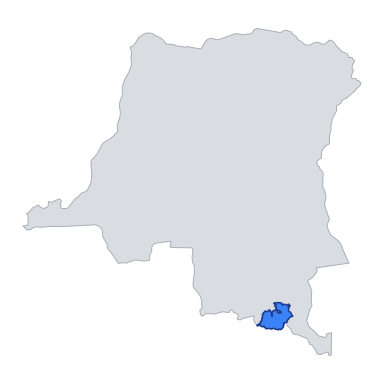 Kambove, Katanga, Democratic Republic of the Congo (highlighted)
{"feature_id": "63176286B84034630662614", "entity_name": "Kambove", "entity_type": "district", "adm_level": 2, "iso_a3": "COD", "parent_name": "Democratic Republic of the Congo", "parent_adm1": "Katanga", "projection": "albers", "projection_center": [26.544, -11.235], "detail": "fine", "context": "in_parent", "style": "filled", "palette": "blue", "viewbox_px": 384, "rotation_deg": 0, "n_neighbors": 0, "source": "geoboundaries", "source_scale": "gbopen_adm2", "svg_char_len": 8628}
<svg xmlns="http://www.w3.org/2000/svg" viewBox="0 0 384 384"><path d="M348.9,263.1L316.5,267.9L317.1,269.8L316.8,271.7L316.0,273.2L312.7,277.2L307.7,280.9L307.7,281.8L310.1,285.9L311.7,291.6L311.2,301.6L311.8,304.3L311.7,306.4L310.1,308.7L306.7,320.7L308.9,326.5L315.2,332.0L318.8,336.0L325.1,337.5L326.1,337.3L326.5,334.0L331.5,332.7L331.2,354.1L330.9,355.3L330.0,355.6L328.7,354.9L328.4,352.9L327.1,352.0L321.0,354.5L319.5,354.5L317.8,354.0L316.6,352.9L316.2,351.3L312.0,345.0L309.9,344.5L307.6,338.9L298.0,334.8L294.4,334.4L292.5,333.2L290.6,328.7L287.4,325.9L286.7,322.7L286.0,322.3L284.1,322.9L282.4,327.9L280.2,329.1L276.3,329.2L266.5,327.8L259.4,325.2L257.6,325.4L254.8,323.1L253.6,319.3L254.2,316.3L253.7,315.9L243.0,318.4L240.4,319.9L238.0,319.6L237.2,318.8L238.3,316.7L237.7,314.5L236.9,313.5L233.8,312.7L232.7,310.3L230.8,310.0L230.1,310.4L229.7,312.0L228.5,312.5L222.1,311.8L215.4,314.0L206.5,313.5L202.3,316.1L201.7,316.0L200.7,314.8L199.8,310.7L200.3,309.6L201.6,308.8L202.0,307.2L201.5,303.0L201.9,302.0L201.3,299.5L200.0,295.7L198.0,292.6L193.9,287.9L193.1,285.7L193.3,280.4L194.5,272.1L194.2,265.9L192.5,261.8L192.1,257.5L193.0,249.7L192.0,247.8L171.4,247.5L170.5,247.0L170.1,245.9L170.9,241.3L158.4,242.7L154.7,243.7L152.4,245.6L151.7,248.0L151.7,251.4L149.9,254.7L149.5,260.2L146.0,260.9L142.6,260.9L135.9,260.0L129.4,261.7L126.3,263.3L124.6,262.6L118.8,263.3L118.0,263.0L111.0,252.4L107.9,248.9L107.3,247.1L107.4,245.4L106.6,243.2L103.3,237.8L102.6,235.2L102.6,231.2L102.2,229.8L99.3,226.4L97.4,225.4L95.3,224.8L61.6,226.6L50.4,226.4L42.3,227.2L38.2,227.1L37.0,226.7L33.3,227.6L31.4,229.1L28.5,230.0L26.7,229.8L23.0,226.0L27.8,225.0L28.1,224.6L28.0,215.0L26.6,213.7L29.1,212.0L33.0,207.5L37.0,205.9L37.5,205.0L38.4,205.0L39.9,206.7L43.5,208.8L47.7,206.6L48.1,206.0L48.5,201.9L49.6,201.5L51.4,202.3L52.5,202.2L54.3,201.0L59.7,198.7L61.5,201.3L60.1,203.7L60.8,205.4L61.0,208.0L62.0,208.5L66.3,208.6L67.6,208.0L75.8,198.2L78.0,197.0L81.5,193.1L86.3,191.3L88.3,188.3L90.9,182.9L91.8,175.3L90.9,162.2L91.3,160.4L96.9,154.3L102.6,143.5L106.6,140.5L109.6,139.3L114.2,135.3L117.8,131.2L117.2,126.5L117.9,122.6L119.9,117.6L120.4,112.3L119.5,106.9L119.7,102.3L122.3,95.1L122.3,86.9L124.6,79.9L129.4,71.0L131.6,64.5L131.0,58.1L131.5,53.4L131.2,50.6L130.2,48.2L130.6,46.7L132.5,46.0L134.9,43.6L139.0,37.2L143.6,34.1L146.8,33.0L150.2,33.1L152.4,33.5L156.1,35.9L160.2,37.8L163.3,40.1L166.4,43.9L173.6,44.6L176.7,45.9L178.6,46.4L179.3,46.0L180.8,46.2L184.3,47.3L187.0,46.6L200.4,48.9L201.9,47.6L205.6,41.0L208.3,38.8L212.9,38.5L216.5,39.7L218.4,39.7L234.8,33.9L237.0,33.6L243.0,34.9L246.8,34.0L248.4,34.3L251.8,33.3L254.5,29.4L256.8,28.4L280.5,32.6L284.1,30.5L285.8,30.3L291.1,31.8L292.7,34.2L295.9,36.3L298.1,39.7L301.6,41.7L303.4,43.5L305.4,44.8L309.7,45.2L315.2,42.2L319.1,42.5L322.9,44.3L324.3,44.2L327.2,42.4L328.7,40.5L330.3,40.1L332.5,41.0L334.4,42.8L336.0,45.4L341.8,51.4L347.5,53.9L348.9,57.6L350.9,57.3L352.0,57.6L353.4,59.9L354.4,60.4L354.6,61.3L353.2,63.5L351.8,67.6L353.5,70.1L352.0,73.8L351.2,77.6L353.0,78.6L355.4,78.6L357.5,80.6L359.2,80.9L361.0,83.1L360.5,84.8L354.8,90.9L346.4,98.4L343.5,99.3L342.0,100.7L341.0,103.0L338.5,104.8L336.6,105.6L336.4,111.1L333.5,116.8L332.4,118.0L330.8,127.3L331.1,128.9L329.4,136.6L329.6,143.7L325.6,145.9L322.8,149.4L321.6,151.9L321.6,157.7L317.0,161.2L316.6,162.0L317.7,166.1L319.4,166.8L319.4,168.2L323.1,172.7L322.7,186.3L322.9,187.6L324.8,190.9L326.0,197.1L324.5,205.0L329.4,219.5L327.1,224.7L328.1,229.8L331.0,235.2L337.9,240.5L339.8,242.7L341.5,245.6L343.1,250.2L348.9,263.1Z" fill="#d9dde1" stroke="#a8b0b8" stroke-width="1"/><path d="M285.1,304.5L284.5,304.4L284.1,304.2L283.9,304.2L283.7,304.3L283.3,304.3L283.0,304.3L282.7,304.4L282.6,304.5L282.4,305.1L282.1,305.0L281.9,304.4L281.9,304.1L282.0,303.8L281.9,303.6L281.8,303.4L281.5,303.3L281.3,303.1L280.8,302.9L280.4,302.7L280.1,302.6L279.6,302.7L278.8,302.7L278.4,302.6L278.1,302.7L277.8,302.6L277.5,302.6L277.3,302.6L277.2,302.6L276.9,302.7L276.6,302.7L276.0,302.7L275.8,302.7L275.7,302.8L275.3,302.9L274.8,302.8L274.6,302.8L274.4,302.9L273.9,303.3L274.0,303.4L274.2,303.5L274.4,303.9L274.4,304.0L274.6,304.1L274.8,304.3L275.0,304.5L274.9,304.5L275.0,304.8L275.3,304.9L275.6,305.0L275.8,305.0L275.6,305.2L275.6,305.5L275.3,305.8L275.1,306.0L274.8,306.3L274.9,306.5L276.0,307.0L276.4,307.3L276.5,307.4L276.5,307.5L276.3,307.8L276.3,308.0L276.1,308.2L275.8,308.5L275.7,308.7L275.7,309.3L275.7,309.6L275.8,309.8L275.8,310.0L275.7,310.0L275.5,310.3L275.4,310.3L275.1,310.2L274.9,310.2L274.6,310.3L274.3,310.5L274.2,310.5L273.6,310.5L273.4,310.6L273.1,310.8L272.9,311.2L272.3,312.2L272.0,312.6L272.0,313.1L272.2,313.9L272.2,314.0L272.2,314.4L272.2,314.8L272.0,315.1L272.2,315.7L272.2,316.1L271.4,315.7L271.5,315.3L271.6,315.1L271.5,314.8L271.5,314.7L271.6,314.2L271.5,313.8L271.7,313.4L271.7,313.2L271.4,312.9L271.2,312.5L271.0,312.0L270.8,312.0L270.7,311.9L270.7,311.7L270.6,311.4L270.6,311.2L270.4,311.2L270.2,311.1L270.0,310.8L270.0,310.7L269.9,310.6L269.9,310.4L269.8,310.2L269.7,310.0L269.4,310.0L269.2,310.0L268.9,310.0L268.6,310.2L268.6,310.4L268.6,310.5L268.5,310.8L268.1,311.2L268.0,311.3L267.8,311.3L267.7,311.5L267.2,311.6L266.8,311.7L265.9,311.4L265.5,311.4L265.1,311.3L265.1,311.2L264.8,311.4L264.7,311.6L263.9,312.4L264.0,312.4L264.0,312.5L263.9,312.6L263.9,312.8L263.7,313.1L263.5,313.4L263.4,313.8L263.1,314.0L262.4,314.4L262.4,314.9L262.4,315.7L262.5,315.9L262.7,316.1L262.8,316.3L262.8,316.7L262.6,317.1L262.0,317.6L261.8,318.1L261.8,318.6L261.8,318.8L261.9,319.0L262.1,319.2L262.2,319.3L262.2,319.5L262.2,319.9L262.1,320.2L262.0,320.3L261.9,320.3L261.5,320.4L261.4,320.5L261.3,321.3L261.1,321.6L260.9,321.6L260.9,321.8L260.6,321.8L260.7,322.0L260.4,322.5L260.5,323.0L260.4,323.2L260.1,323.5L259.8,323.6L259.6,323.6L259.3,323.6L259.1,324.0L258.7,324.2L258.6,324.5L258.4,324.6L258.3,324.9L258.2,325.0L257.9,325.1L257.3,324.9L257.3,325.2L257.2,325.4L257.1,325.5L257.2,325.8L257.3,325.9L257.5,326.0L257.7,325.8L258.0,325.8L258.5,325.5L258.8,325.4L259.0,325.1L259.3,325.0L259.7,325.1L259.9,324.9L260.0,324.9L260.1,325.0L260.5,325.9L260.8,326.0L261.0,326.3L261.2,326.5L261.6,326.5L262.5,326.7L263.0,326.7L263.4,326.4L263.7,326.2L263.8,326.1L264.0,326.2L264.1,326.3L264.2,326.8L264.3,327.0L264.4,327.3L264.6,327.5L264.9,327.6L265.3,327.6L265.6,327.7L265.8,327.9L265.9,328.1L265.8,328.3L265.7,328.5L265.9,328.7L266.2,328.6L266.7,328.7L267.2,328.7L268.4,328.6L269.0,328.6L269.3,328.6L269.5,328.4L270.4,328.7L271.0,328.8L271.2,329.0L271.4,329.0L271.6,329.1L271.8,329.1L272.1,328.9L272.3,328.7L273.1,328.3L273.4,328.2L273.7,328.2L274.1,328.3L274.4,328.4L274.8,328.8L275.4,329.1L275.7,329.3L275.9,329.4L276.1,329.3L276.3,329.2L276.6,329.3L276.8,329.3L277.0,329.4L277.5,329.4L278.0,329.6L278.2,329.9L278.4,329.9L279.1,329.2L279.4,329.0L279.7,329.1L279.8,329.1L280.1,329.4L280.3,329.6L280.8,329.4L281.3,329.4L281.5,329.3L281.7,328.9L282.0,328.7L282.5,328.3L282.6,328.0L282.8,327.6L283.0,327.3L283.2,327.1L283.3,327.1L283.5,326.9L283.3,326.5L283.3,326.3L283.4,326.2L283.4,325.6L283.5,325.3L283.7,325.2L283.8,324.8L284.0,324.7L284.1,324.4L284.1,324.1L283.7,323.6L283.7,322.9L283.8,322.8L284.1,322.7L284.8,322.8L285.0,322.7L285.3,322.6L286.0,322.7L286.5,322.4L286.7,322.1L286.9,322.1L286.8,321.2L287.0,321.1L287.4,320.7L287.4,320.4L287.5,320.1L287.7,319.8L287.8,319.7L288.3,319.5L288.5,319.3L288.6,319.0L288.8,318.8L289.1,318.2L289.8,317.3L290.1,317.2L290.6,317.1L291.1,316.6L291.7,316.4L292.2,316.5L292.3,316.5L292.5,316.4L292.7,316.1L291.8,314.7L290.5,312.2L290.4,312.2L290.1,312.0L289.4,311.7L289.1,311.6L288.7,310.9L288.6,310.7L288.5,310.0L288.5,309.8L288.5,309.6L288.5,309.4L288.5,309.2L288.5,308.9L288.7,308.7L288.8,308.5L289.1,308.0L288.9,307.8L288.8,307.7L288.7,307.7L288.4,307.5L288.3,307.3L288.2,307.2L288.3,307.0L288.2,306.9L288.3,306.8L288.6,306.9L288.8,306.8L289.1,306.9L289.2,306.7L289.5,306.6L289.6,306.4L289.7,306.1L289.8,306.0L289.8,305.9L290.0,305.8L290.0,305.6L289.8,305.6L289.7,305.6L289.2,305.5L288.9,305.5L288.9,305.4L288.6,305.1L289.0,304.8L289.1,304.5L289.0,304.4L288.9,304.2L288.6,304.2L288.0,304.5L287.7,304.6L287.6,304.9L287.3,305.0L287.0,305.1L286.7,305.2L286.4,305.1L286.2,305.1L286.1,304.9L285.8,304.6L285.6,304.6L285.4,304.5L285.1,304.5ZM277.6,309.9L277.9,310.1L278.2,310.5L279.0,310.6L279.2,311.1L279.5,311.2L279.9,311.2L280.1,311.1L280.4,311.4L281.2,312.0L281.2,312.5L281.1,312.4L280.9,312.4L280.7,312.5L280.4,312.4L280.2,312.5L279.9,312.7L279.7,312.9L279.4,312.6L279.2,312.7L278.8,312.7L278.7,312.7L278.3,312.6L278.1,312.8L277.9,312.7L277.5,312.3L277.5,312.1L277.3,311.8L276.9,311.5L277.0,311.0L277.3,310.3L277.6,309.9Z" fill="#3b82f6" stroke="#1e3a8a" stroke-width="1.5"/></svg>